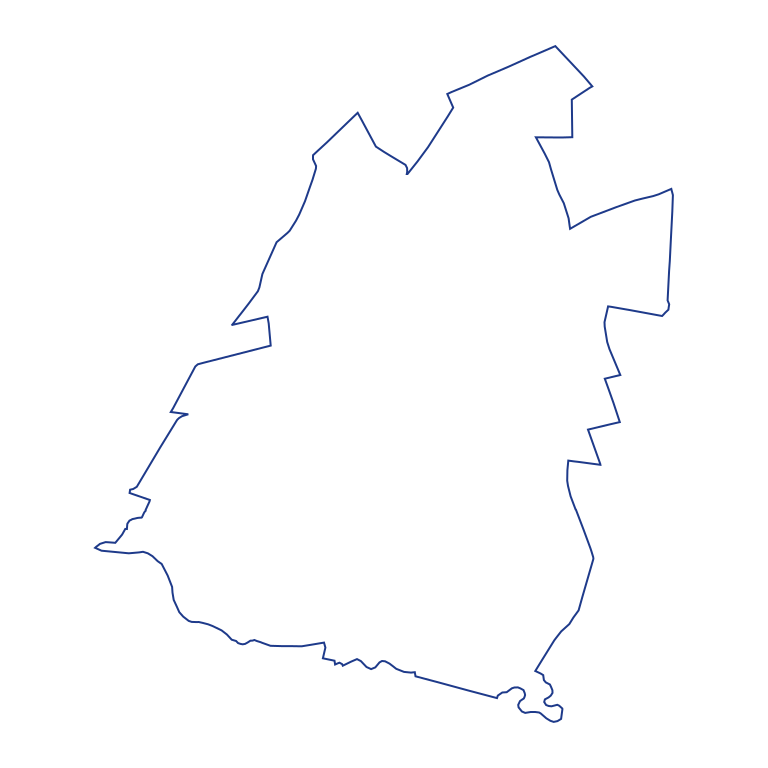 the district of Vladimirescu, Arad, Romania
{"feature_id": "2599482B43501336314051", "entity_name": "Vladimirescu", "entity_type": "district", "adm_level": 2, "iso_a3": "ROU", "parent_name": "Romania", "parent_adm1": "Arad", "projection": "robinson", "projection_center": [21.45, 46.185], "detail": "fine", "context": "isolated", "style": "outline", "palette": "blue", "viewbox_px": 768, "rotation_deg": 0, "n_neighbors": 0, "source": "geoboundaries", "source_scale": "gbopen_adm2", "svg_char_len": 3830}
<svg xmlns="http://www.w3.org/2000/svg" viewBox="0 0 768 768"><path d="M562.4,709.2L562.3,708.5L559.2,705.7L557.3,704.8L551.5,706.3L548.7,706.0L546.1,705.0L544.2,702.0L544.9,699.4L548.6,697.4L550.8,695.6L552.5,692.9L552.4,690.2L551.1,687.0L549.9,684.5L545.8,682.4L543.9,680.1L543.2,675.1L540.6,673.5L535.3,671.0L538.0,666.6L542.3,659.6L554.3,640.3L556.2,637.8L561.2,631.4L569.3,624.1L573.4,617.5L578.6,610.4L582.4,596.8L592.6,561.6L593.4,558.8L593.3,558.0L593.2,557.1L591.4,551.2L590.4,548.2L583.5,529.5L575.9,509.6L575.6,509.5L570.6,496.3L568.0,485.9L567.2,480.7L567.4,470.2L568.3,460.6L574.1,461.4L578.5,461.9L600.4,464.8L600.3,464.1L588.0,429.6L610.6,424.2L619.8,422.1L613.5,403.0L608.0,387.5L604.8,378.7L620.3,375.0L609.5,349.2L607.2,342.0L604.7,326.6L604.6,324.4L604.5,322.2L608.1,306.4L611.0,306.8L625.9,309.4L628.9,309.9L662.1,316.0L663.3,314.8L665.3,312.6L668.4,309.7L668.7,307.4L669.2,304.3L667.6,300.4L669.1,270.9L669.8,261.1L670.7,242.9L672.3,211.7L672.9,195.1L672.1,192.0L671.7,190.6L671.3,188.9L658.7,194.3L653.1,196.1L642.4,198.6L634.9,200.5L616.4,207.1L590.8,216.8L570.1,228.8L569.6,225.6L568.6,218.3L563.8,203.2L559.3,194.5L557.3,189.9L550.9,169.0L549.0,162.2L544.7,153.6L535.9,137.3L561.3,137.5L572.3,137.2L571.8,99.6L589.6,87.9L592.3,86.4L583.9,76.5L555.3,46.1L553.0,47.1L532.6,55.9L530.2,56.9L508.8,66.6L487.7,75.6L468.9,84.9L451.6,92.0L447.3,94.0L453.2,107.6L447.9,116.2L436.8,133.5L428.0,147.2L419.6,158.6L417.7,161.2L407.5,174.0L407.1,174.0L406.8,174.0L407.2,171.9L407.1,168.1L405.5,164.9L390.7,156.0L384.0,151.9L375.9,146.6L363.5,123.5L362.6,121.8L357.7,112.8L354.2,116.1L326.8,142.5L318.2,150.4L313.8,154.5L313.1,155.1L313.0,156.0L313.0,157.7L313.0,159.3L316.1,166.0L315.9,168.7L312.5,179.8L309.9,187.1L305.0,201.2L299.2,214.6L296.0,220.7L289.7,230.7L287.5,232.9L276.6,242.2L262.4,274.0L259.4,287.4L257.9,291.2L248.6,303.7L243.2,310.7L240.0,314.8L239.5,315.4L234.7,321.6L232.2,324.8L232.3,324.9L267.5,316.7L268.7,323.4L270.7,345.6L203.8,362.7L197.8,364.3L197.0,365.0L195.3,366.5L173.0,408.4L170.8,412.0L188.3,414.3L186.5,414.8L185.6,415.1L184.6,415.4L182.0,416.2L179.1,418.0L177.4,419.6L176.8,420.4L161.2,445.8L160.1,447.6L136.8,486.8L133.2,489.0L130.1,489.7L129.6,493.0L149.9,500.0L149.7,500.8L149.5,501.5L147.1,506.7L146.4,508.3L146.0,509.1L145.7,509.7L145.6,510.3L145.7,510.7L144.6,511.9L144.0,512.9L142.0,517.2L141.6,517.6L138.5,517.8L137.2,518.0L134.8,518.6L132.4,519.1L131.0,519.9L129.5,520.6L127.5,523.5L127.3,524.0L126.9,529.0L125.3,528.9L122.1,534.6L115.3,542.8L108.6,542.3L105.6,542.1L99.9,543.9L98.6,545.0L96.2,546.8L95.1,547.8L101.5,550.7L128.8,553.3L139.1,552.4L143.0,551.8L147.8,553.3L152.5,556.2L157.7,561.2L161.7,564.0L167.7,575.6L171.2,584.6L172.1,586.9L172.5,592.6L173.7,599.9L176.8,606.6L179.3,612.2L183.2,616.6L188.7,620.9L191.7,621.9L197.1,622.1L198.7,622.0L202.7,622.9L208.1,624.3L212.5,626.0L220.0,629.6L221.6,630.4L226.9,634.5L231.7,639.7L236.1,641.0L238.1,643.1L240.5,643.9L242.7,644.3L245.1,643.9L247.8,642.4L250.4,640.7L252.6,640.6L254.4,640.0L256.8,641.0L260.7,642.2L262.1,642.8L270.5,645.8L281.1,646.1L289.1,646.1L301.7,646.3L311.5,644.7L324.0,642.6L325.4,647.6L322.9,658.3L334.5,660.7L335.1,664.5L338.1,663.2L339.5,662.7L342.2,664.2L342.8,665.7L351.2,661.6L357.0,659.1L360.9,661.1L366.5,667.0L371.1,669.1L375.3,667.4L379.5,662.4L382.0,661.0L385.1,661.3L389.5,663.6L393.3,666.5L396.2,668.8L404.0,671.9L411.0,672.6L414.8,672.2L415.5,676.3L438.5,682.4L468.3,690.5L497.0,698.1L497.8,695.6L502.3,692.5L506.7,692.2L511.9,688.3L514.4,687.5L517.9,687.4L520.4,688.4L523.5,690.1L524.7,693.1L525.1,695.0L524.5,697.0L523.8,698.5L521.8,699.8L520.0,701.1L518.2,704.9L518.6,707.4L521.9,711.5L525.2,712.9L530.7,712.0L535.2,712.0L539.1,712.5L540.8,713.5L546.3,718.3L550.4,720.8L553.7,721.9L557.5,721.1L559.3,720.0L561.1,718.9L562.4,709.2Z" fill="none" stroke="#1e3a8a" stroke-width="2"/></svg>